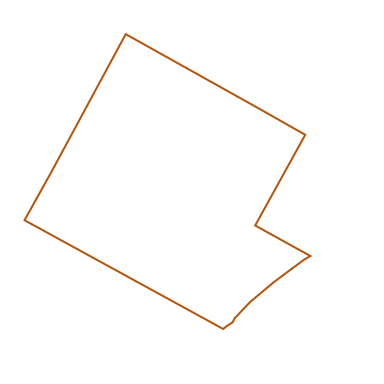 the district of Van Buren, Michigan, United States of America, rotated 209°
{"feature_id": "52423323B49576976104911", "entity_name": "Van Buren", "entity_type": "district", "adm_level": 2, "iso_a3": "USA", "parent_name": "United States of America", "parent_adm1": "Michigan", "projection": "albers", "projection_center": [-86.138, 42.245], "detail": "fine", "context": "isolated", "style": "outline", "palette": "amber", "viewbox_px": 384, "rotation_deg": 209, "n_neighbors": 0, "source": "geoboundaries", "source_scale": "gbopen_adm2", "svg_char_len": 333}
<svg xmlns="http://www.w3.org/2000/svg" viewBox="0 0 384 384"><g transform="rotate(209 192 192)"><path d="M324.8,86.1L98.3,87.3L96.9,90.9L93.3,97.8L93.5,102.2L87.8,124.1L76.8,152.7L61.4,186.7L57.5,193.4L120.5,193.3L120.7,296.9L172.2,297.4L326.5,297.9L324.7,139.8L324.8,86.1Z" fill="none" stroke="#b45309" stroke-width="2"/></g></svg>